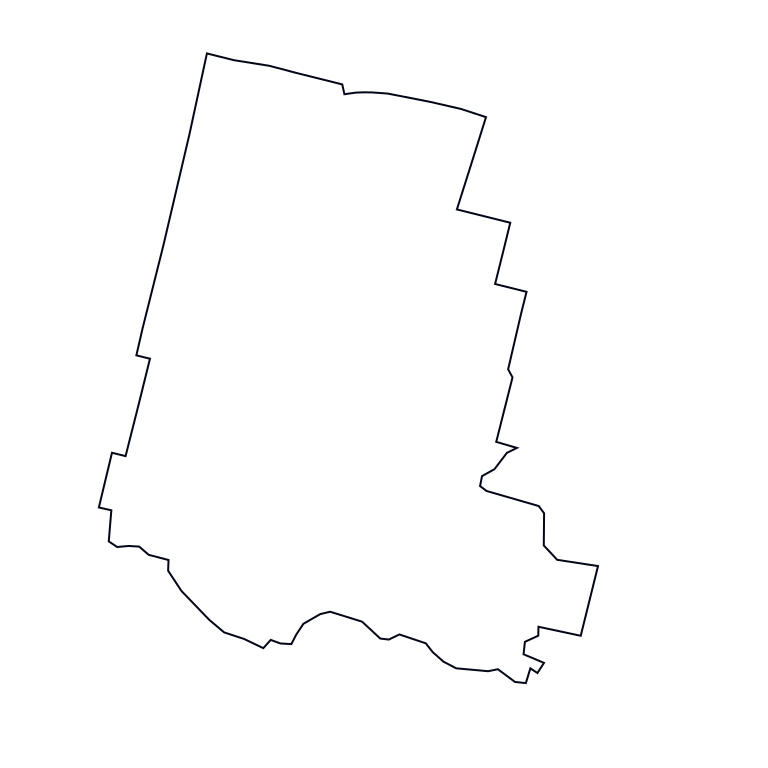 outline of Barão de Cotegipe, Rio Grande do Sul, Brazil, rotated 194°
{"feature_id": "56859067B6517216195009", "entity_name": "Barão de Cotegipe", "entity_type": "district", "adm_level": 2, "iso_a3": "BRA", "parent_name": "Brazil", "parent_adm1": "Rio Grande do Sul", "projection": "albers", "projection_center": [-52.434, -27.571], "detail": "fine", "context": "isolated", "style": "outline", "palette": "ink", "viewbox_px": 768, "rotation_deg": 194, "n_neighbors": 0, "source": "geoboundaries", "source_scale": "gbopen_adm2", "svg_char_len": 1221}
<svg xmlns="http://www.w3.org/2000/svg" viewBox="0 0 768 768"><g transform="rotate(194 384 384)"><path d="M571.0,161.3L550.5,161.1L548.3,150.6L530.5,134.2L496.7,113.0L479.0,104.3L458.2,102.8L437.2,98.5L432.0,108.3L421.7,107.2L411.0,109.2L408.5,119.7L404.2,131.8L397.8,138.0L390.2,145.3L381.2,150.0L347.8,148.1L326.0,136.1L317.5,137.2L308.5,144.7L280.7,142.5L272.0,135.7L259.2,129.0L245.2,125.6L227.2,128.4L213.5,130.5L204.5,134.8L184.8,126.6L174.0,128.1L173.2,143.5L165.2,140.7L161.3,152.1L183.2,155.5L184.9,167.9L173.4,177.1L175.4,185.8L132.2,187.3L132.3,259.1L173.4,255.3L189.9,266.0L197.4,297.3L204.3,303.0L258.6,305.0L266.1,308.2L266.6,318.4L256.2,328.1L248.1,346.9L239.6,354.1L261.1,355.0L260.9,421.5L267.1,428.3L268.0,485.2L268.0,507.9L300.4,507.9L300.4,532.5L300.4,543.6L300.5,571.0L355.5,571.0L351.7,632.3L349.6,667.6L376.0,669.5L407.6,668.9L450.7,666.7L466.2,664.0L473.9,662.2L481.9,659.9L492.5,655.6L497.0,664.6L544.3,664.6L572.4,665.0L607.8,661.9L622.5,661.9L635.8,661.9L633.2,579.8L631.6,465.0L631.7,379.9L631.2,351.9L617.2,351.9L617.1,307.0L617.3,251.5L631.3,251.5L630.8,195.2L618.0,195.5L613.0,164.7L603.5,161.3L592.5,165.1L582.2,167.0L571.0,161.3Z" fill="none" stroke="#020617" stroke-width="2"/></g></svg>